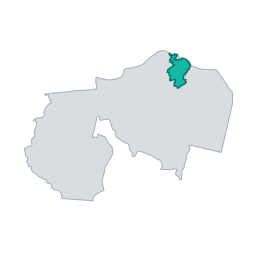 location of Kazungula, Southern, Zambia, rotated 193°
{"feature_id": "96606910B95953051402599", "entity_name": "Kazungula", "entity_type": "district", "adm_level": 2, "iso_a3": "ZMB", "parent_name": "Zambia", "parent_adm1": "Southern", "projection": "mercator", "projection_center": [25.557, -17.051], "detail": "fine", "context": "in_parent", "style": "filled", "palette": "teal", "viewbox_px": 256, "rotation_deg": 193, "n_neighbors": 0, "source": "geoboundaries", "source_scale": "gbopen_adm2", "svg_char_len": 7976}
<svg xmlns="http://www.w3.org/2000/svg" viewBox="0 0 256 256"><g transform="rotate(193 128 128)"><path d="M170.5,170.2L159.5,170.2L155.5,171.1L152.2,172.4L148.3,174.6L146.0,176.1L145.4,176.9L145.1,178.7L145.1,181.5L144.7,183.6L143.5,185.4L137.6,187.7L133.7,189.5L129.8,191.7L127.0,194.5L125.0,198.0L121.7,202.3L114.8,210.0L110.8,211.5L107.5,211.2L103.5,209.5L100.3,209.2L97.9,210.2L95.7,209.9L93.7,208.3L92.0,207.7L90.7,208.2L88.9,208.1L85.8,207.2L83.0,204.4L81.5,203.3L80.4,202.9L77.1,202.4L69.5,201.8L61.7,203.2L54.8,204.5L47.8,198.4L41.0,191.9L39.6,190.3L37.1,188.1L35.2,187.1L34.5,186.5L32.7,180.8L31.7,175.5L31.7,125.2L62.4,125.2L64.4,125.0L64.5,124.4L63.1,121.8L63.1,120.8L63.5,119.0L64.9,115.4L64.9,114.2L64.3,110.3L64.4,108.1L64.7,103.6L64.5,102.1L65.2,100.2L65.5,98.8L65.8,98.3L65.4,96.8L64.8,91.5L64.4,89.3L66.3,89.6L66.9,90.7L67.3,91.9L68.1,92.0L70.3,92.7L71.0,93.6L71.5,95.7L71.2,96.8L70.5,97.7L71.2,98.5L72.7,99.0L73.6,98.8L76.0,97.4L78.3,96.9L79.5,96.5L84.5,95.5L85.5,95.0L86.3,95.0L86.8,95.4L86.3,96.9L86.2,98.3L86.8,100.8L87.3,101.9L88.3,102.8L89.1,103.2L89.9,104.1L91.7,104.0L95.6,105.2L96.8,105.8L98.4,106.4L99.6,106.6L103.6,107.1L107.8,107.8L110.0,107.9L111.6,107.7L112.7,107.3L113.3,106.9L113.6,106.6L115.2,101.8L116.0,101.4L117.1,101.2L117.7,101.6L118.4,104.6L121.5,107.3L122.5,109.6L123.3,111.6L123.9,112.1L125.1,112.8L127.0,113.0L128.6,113.1L136.9,116.4L137.8,117.0L138.8,118.8L139.4,120.8L140.0,122.4L141.1,122.7L142.1,122.8L143.0,123.9L143.7,124.9L146.2,128.8L146.5,130.4L147.7,131.4L149.3,131.9L150.8,131.9L151.6,131.5L153.8,130.6L155.4,129.7L156.6,129.4L157.3,129.6L157.8,130.2L158.2,132.2L159.4,132.9L160.2,132.6L160.6,131.8L160.6,131.4L160.6,110.9L159.8,111.0L158.9,111.6L156.7,111.7L155.8,112.1L155.6,112.8L155.7,113.6L155.8,114.8L155.5,115.3L154.5,115.6L153.1,115.1L150.6,114.5L148.5,114.2L147.0,112.6L145.0,110.3L143.7,109.1L140.4,106.7L139.9,106.2L138.9,105.1L138.1,103.2L137.3,101.0L136.9,99.6L137.6,97.4L139.5,90.3L139.9,88.1L141.5,85.9L141.6,83.9L141.0,81.3L141.1,79.9L141.4,71.9L140.9,69.3L139.9,66.5L137.6,62.6L137.6,61.7L141.1,59.2L142.2,58.2L144.1,56.1L145.3,54.4L146.1,53.0L146.4,51.1L145.8,49.4L147.0,49.0L176.3,44.5L176.8,45.7L177.6,47.7L178.7,49.2L179.9,50.5L181.0,51.2L181.7,51.5L186.2,51.4L187.8,52.2L189.3,53.2L189.6,54.7L190.5,55.7L191.5,56.4L192.0,56.5L192.7,56.3L193.9,56.3L195.1,56.7L195.6,57.0L195.6,58.3L196.0,58.9L197.5,59.1L199.1,59.2L200.6,60.1L202.2,60.2L204.1,60.6L205.0,61.5L207.0,62.5L209.4,63.3L212.1,64.8L212.2,65.2L212.6,66.0L213.1,66.7L213.1,67.5L213.4,68.4L214.0,68.6L214.6,68.6L215.1,68.0L215.9,68.0L216.6,68.4L216.9,69.4L217.5,70.7L218.5,71.5L219.2,72.4L219.0,73.9L218.6,75.3L219.9,76.7L221.7,78.0L222.1,78.6L222.3,80.6L222.6,81.2L223.7,82.9L224.3,84.0L224.3,84.6L221.1,87.8L219.1,88.3L218.2,89.0L217.7,89.7L219.0,92.9L219.7,94.1L219.1,95.6L217.8,98.2L217.3,98.5L217.2,100.4L217.5,101.2L218.2,101.7L218.4,103.1L218.4,106.4L217.6,110.2L219.0,113.5L219.5,113.8L221.5,113.9L221.9,114.1L221.4,115.1L220.0,116.5L217.4,117.7L213.8,118.9L213.0,120.1L212.5,121.9L212.9,122.9L213.4,123.5L213.3,125.0L212.9,126.6L213.1,127.9L212.9,129.0L212.4,129.5L211.8,131.2L211.0,132.9L210.4,133.7L209.4,134.5L208.0,135.2L208.0,135.5L209.7,136.3L210.1,136.8L210.2,137.2L209.5,138.1L210.3,138.6L211.2,139.0L212.1,140.2L213.1,142.3L213.3,142.5L213.6,142.5L214.1,142.3L215.1,141.4L215.9,141.1L216.7,142.4L201.4,147.6L197.8,148.7L192.5,150.6L190.7,151.3L189.3,152.0L175.1,156.1L172.8,156.9L167.8,159.0L167.6,159.3L167.7,160.3L168.1,162.3L169.0,164.1L169.7,165.1L170.2,167.8L170.5,170.2Z" fill="#d9dde1" stroke="#a8b0b8" stroke-width="1"/><path d="M88.6,178.0L87.6,178.6L87.4,178.8L87.3,179.1L87.0,179.2L86.9,179.3L86.7,179.7L86.6,179.8L86.4,180.2L86.4,180.6L86.5,180.9L86.3,181.1L85.9,181.2L85.6,181.3L85.3,181.8L85.0,182.0L84.8,182.0L84.7,182.0L84.5,182.3L84.2,182.4L83.5,182.8L83.3,183.1L83.2,183.1L82.9,183.5L82.7,183.8L82.4,184.3L82.2,184.4L82.1,184.8L81.9,185.0L81.9,185.3L81.6,185.6L81.6,185.8L81.9,185.9L81.9,186.0L82.0,186.1L82.3,186.2L82.5,186.3L82.4,186.5L82.7,186.5L82.9,186.7L82.9,186.8L83.2,187.0L83.1,187.3L83.1,187.5L82.9,187.8L83.4,187.7L83.4,187.8L84.2,187.9L84.2,188.0L84.4,188.0L84.7,188.2L85.0,188.2L85.2,188.3L85.5,188.4L85.2,189.7L85.9,192.0L85.6,192.8L84.7,193.4L84.2,192.9L84.2,193.1L84.3,193.1L84.2,193.4L84.2,193.6L84.1,193.9L84.1,194.0L84.3,194.0L84.3,194.4L84.4,194.6L84.2,194.8L84.3,195.0L84.2,195.1L83.7,195.2L83.6,195.4L83.4,195.4L83.4,195.6L83.3,195.8L83.2,196.1L82.9,196.3L83.0,196.5L83.2,196.8L83.4,196.8L83.5,197.3L83.3,197.4L83.3,197.5L83.2,197.7L83.1,197.8L83.0,197.7L82.7,197.9L82.7,198.1L82.6,198.4L82.4,198.4L82.2,198.4L82.2,198.7L82.1,198.9L81.9,199.0L81.7,199.1L81.7,199.5L81.8,199.5L81.7,199.7L81.9,199.8L81.9,200.1L81.8,200.3L81.8,201.1L81.6,201.2L81.5,201.5L81.3,201.7L81.3,201.8L81.1,202.0L81.1,202.5L81.1,202.8L81.1,203.0L81.3,203.2L81.4,203.6L81.6,203.8L81.8,203.8L81.9,203.6L82.3,203.7L82.3,203.9L82.2,204.2L82.2,204.3L82.3,204.4L82.4,204.1L82.6,204.1L82.6,204.4L82.8,204.5L82.9,204.9L83.2,204.9L83.1,205.3L83.0,205.6L83.5,205.5L83.7,205.8L83.9,205.7L84.0,205.7L84.1,205.9L84.1,206.1L84.1,206.3L84.3,206.4L84.6,206.8L85.2,206.8L85.9,207.2L86.6,207.7L87.2,208.0L87.6,207.9L88.0,208.2L88.4,208.1L88.6,208.2L89.0,208.0L89.5,208.2L89.8,208.4L90.2,208.4L90.6,208.0L91.0,208.0L91.5,208.0L91.7,206.3L94.1,206.4L94.2,206.2L94.4,206.0L94.4,205.9L94.5,205.9L94.5,205.7L95.8,205.6L96.3,204.9L96.7,204.8L96.8,204.7L97.8,205.0L98.4,205.4L98.4,205.6L98.3,205.8L98.3,206.1L98.2,206.1L98.3,206.2L98.0,206.4L97.9,206.4L97.8,206.7L97.7,206.7L97.7,206.8L97.6,207.1L97.3,207.3L97.2,207.5L96.9,207.8L96.8,209.0L96.4,209.6L96.1,209.9L96.0,210.2L95.6,210.3L96.0,210.3L96.3,210.4L96.5,210.5L97.0,210.6L97.3,210.7L97.5,210.8L97.8,210.7L98.0,210.4L98.5,210.4L98.9,210.4L99.5,210.5L99.6,210.1L99.7,209.9L99.4,209.6L99.5,209.6L99.8,209.5L100.1,209.4L100.3,209.3L100.5,209.4L101.6,208.8L101.7,209.0L102.0,209.3L102.7,209.4L103.1,209.7L103.7,209.6L104.1,209.7L104.5,209.7L104.4,209.5L104.4,209.4L104.3,209.2L104.2,209.2L104.2,209.3L104.0,209.0L103.9,208.9L103.8,208.7L103.5,208.3L103.3,208.3L103.3,208.1L103.0,207.9L102.8,208.0L102.6,208.0L102.4,207.7L102.1,207.8L102.0,207.7L102.0,207.4L101.8,207.1L101.7,206.9L101.4,206.6L101.7,206.4L101.6,206.1L101.9,206.0L101.9,205.9L102.1,205.8L102.1,205.7L102.2,205.4L102.2,205.2L102.2,204.9L102.3,204.9L102.3,204.7L102.5,204.3L102.5,204.1L102.8,203.7L102.6,203.5L102.6,203.4L102.4,203.3L102.4,203.2L101.9,202.7L101.7,202.3L101.5,202.1L101.4,202.1L101.5,202.0L101.3,201.8L101.5,201.6L100.8,201.6L99.8,203.3L99.3,202.9L99.2,202.6L99.5,201.6L99.4,201.6L99.5,201.4L99.3,201.3L99.3,201.2L99.5,200.9L99.3,200.7L99.2,200.9L98.8,200.6L98.7,200.6L98.6,200.4L98.5,200.2L98.2,200.3L98.2,200.2L97.9,200.1L97.6,200.0L97.3,199.9L97.5,199.8L97.5,199.6L97.6,199.3L97.7,199.2L97.7,198.9L97.8,198.9L98.0,198.7L98.2,198.4L98.3,198.1L98.6,197.9L98.9,197.6L99.0,197.5L99.0,197.4L99.5,196.9L99.9,196.6L100.0,196.3L100.2,196.1L101.0,195.8L101.0,195.6L100.7,195.1L100.8,195.1L100.9,194.8L101.0,194.8L101.1,194.7L101.3,194.7L101.5,194.5L101.6,194.4L101.8,194.2L102.0,194.2L102.3,193.7L102.2,193.5L102.3,193.4L102.2,193.1L102.4,192.7L102.3,192.2L102.1,191.9L102.2,191.6L102.2,191.4L102.2,191.2L102.0,191.3L101.5,191.2L101.1,191.3L100.8,191.3L100.4,190.6L100.0,190.4L99.9,189.7L99.9,189.3L100.0,189.2L99.9,189.0L99.7,188.8L99.7,188.5L99.6,188.4L99.1,188.3L98.9,188.2L98.5,188.2L98.4,186.7L98.1,185.3L97.9,185.2L98.0,185.2L97.9,185.0L98.0,184.8L98.0,184.6L98.1,184.3L98.1,184.2L98.0,183.7L97.9,183.6L98.0,183.6L92.8,186.0L92.6,185.7L92.8,185.1L92.6,185.0L92.5,184.8L92.4,184.8L92.4,184.5L92.4,184.0L92.6,183.7L92.4,183.4L92.4,183.2L92.5,183.1L92.5,182.9L92.6,182.7L93.0,182.5L92.7,182.2L92.5,181.9L92.6,181.6L92.4,181.4L92.5,181.1L92.7,180.9L92.8,180.7L92.8,180.3L92.6,180.2L92.8,179.8L92.7,179.5L92.5,179.4L92.2,179.4L92.0,179.5L91.5,179.4L91.1,179.6L90.8,179.6L90.4,179.4L90.2,179.4L89.6,179.6L89.4,179.4L89.2,179.0L88.9,178.5L88.6,178.0Z" fill="#14b8a6" stroke="#0f766e" stroke-width="1.5"/></g></svg>